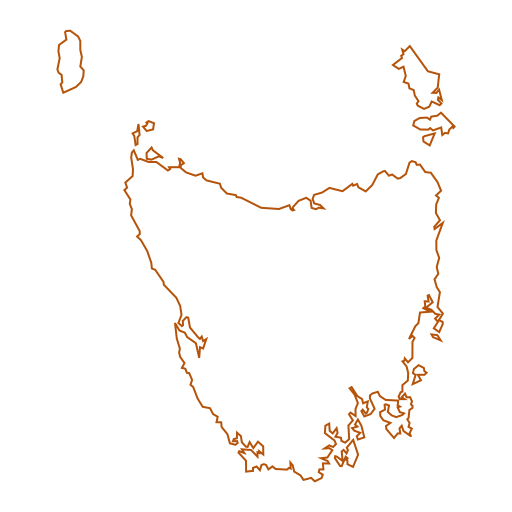 the border of Tasmania
{"feature_id": "AUS-2660", "entity_name": "Tasmania", "entity_type": "State", "adm_level": 1, "iso_a3": "AUS", "parent_name": "Australia", "parent_adm1": "", "projection": "equal_earth", "projection_center": [146.795, -41.606], "detail": "fine", "context": "isolated", "style": "outline", "palette": "amber", "viewbox_px": 512, "rotation_deg": 0, "n_neighbors": 0, "source": "natural_earth", "source_scale": "10m", "svg_char_len": 6068}
<svg xmlns="http://www.w3.org/2000/svg" viewBox="0 0 512 512"><path d="M411.3,436.5L403.5,431.0L401.7,425.7L399.5,428.4L400.3,433.5L397.8,433.4L394.0,438.0L386.4,429.1L386.0,426.0L390.4,422.9L383.4,420.3L380.3,416.0L380.1,412.2L385.0,409.6L384.6,404.7L385.8,404.3L389.0,405.5L387.8,411.9L391.7,415.4L396.2,417.1L402.1,415.1L404.0,413.4L399.8,412.1L397.6,407.3L399.9,406.6L397.7,405.3L398.2,400.6L385.6,399.9L379.9,396.1L377.8,391.8L372.5,393.4L370.0,395.4L369.9,398.4L374.6,408.8L370.6,414.1L364.3,416.4L361.4,411.1L362.7,409.6L365.7,413.4L367.0,412.6L368.3,409.0L366.8,407.3L367.8,401.4L363.1,403.3L362.1,399.1L357.4,396.1L351.6,387.1L349.6,388.3L354.6,394.6L357.9,403.1L355.5,409.0L355.6,416.0L350.5,412.6L349.0,414.3L352.9,420.4L348.4,425.5L349.2,439.1L345.1,442.7L341.4,440.8L341.0,437.7L335.4,436.7L337.6,432.9L336.6,428.2L332.7,433.4L329.7,430.9L329.2,423.6L325.4,425.7L324.9,433.1L334.5,440.5L336.0,444.0L333.1,447.0L329.3,445.4L324.5,448.5L329.4,448.2L332.3,450.2L327.4,457.5L321.1,458.2L327.7,461.1L329.1,463.5L322.9,463.4L323.4,469.4L319.4,469.4L318.8,472.2L322.8,474.7L321.5,478.1L314.8,481.3L311.2,477.9L303.5,479.9L300.5,475.4L294.2,471.6L292.7,465.3L290.4,462.6L290.7,468.6L289.0,467.9L287.0,469.6L275.6,469.0L272.4,466.4L268.4,469.4L266.1,465.0L263.9,464.2L261.5,465.0L259.9,470.2L256.6,466.5L253.0,467.9L253.0,470.9L246.1,471.6L246.0,460.7L238.5,452.6L239.2,451.2L244.3,453.0L241.9,449.3L251.1,450.0L257.5,456.7L257.5,452.2L259.3,453.0L259.1,451.2L263.3,454.5L263.2,446.3L258.0,441.7L253.3,448.0L249.6,442.1L247.6,446.9L246.1,446.8L241.9,442.4L240.9,436.1L237.0,432.7L236.9,438.3L233.8,439.1L233.0,441.2L237.1,441.1L237.7,442.9L235.4,444.8L229.9,443.3L227.4,434.1L221.6,427.0L221.2,422.3L216.5,422.2L217.7,416.8L213.1,414.1L210.0,408.2L202.7,406.8L197.6,398.5L193.2,387.0L190.5,384.8L192.1,380.0L189.2,373.1L186.9,372.8L185.3,368.7L181.9,367.9L184.5,363.0L180.2,357.0L179.1,352.6L179.9,348.7L176.8,338.6L175.0,323.0L179.5,330.6L184.8,332.6L187.1,337.0L195.9,343.2L199.2,357.9L200.0,347.2L203.1,348.5L206.3,339.1L203.1,341.1L201.7,336.6L199.9,338.9L198.3,337.5L190.0,327.6L188.2,317.6L186.4,317.2L182.8,320.9L183.0,325.2L181.9,326.1L178.4,323.0L181.5,315.0L180.2,306.0L176.3,297.7L163.9,284.8L163.5,281.9L155.2,269.8L151.9,268.5L151.3,262.8L147.2,251.0L140.9,240.1L137.1,236.5L139.8,234.0L139.7,231.1L131.1,215.3L131.9,209.2L129.8,203.9L130.4,199.5L124.4,190.1L127.1,187.6L125.3,182.6L132.6,176.1L133.0,169.3L131.2,157.5L131.9,152.5L133.8,150.3L137.8,159.9L140.1,158.8L148.7,162.0L156.4,162.0L167.9,170.5L170.2,169.0L169.1,167.2L179.0,167.2L180.2,162.9L179.0,158.8L180.6,159.2L183.9,163.1L180.7,165.3L180.7,167.9L186.1,172.4L195.5,175.7L202.4,173.3L203.2,177.6L206.5,180.4L219.9,183.7L221.1,187.7L226.8,193.5L235.8,195.1L236.6,197.0L241.1,197.7L261.2,207.8L279.0,209.0L289.4,205.2L290.8,209.2L292.7,210.5L294.0,210.0L292.5,208.4L293.2,206.8L298.6,200.8L306.2,197.8L310.6,200.7L311.6,207.9L316.0,209.2L318.7,207.7L323.6,208.4L320.1,205.0L314.2,203.4L312.6,198.9L314.1,194.9L322.2,192.5L329.4,187.9L342.5,191.2L352.3,183.9L353.1,185.7L357.1,184.0L358.4,187.3L365.7,191.4L372.2,185.1L377.8,174.4L383.3,171.3L384.9,171.0L389.0,175.7L392.1,174.5L397.7,178.6L400.2,178.1L405.9,174.0L409.5,162.7L411.8,161.1L415.6,162.2L416.7,164.8L420.0,164.6L425.3,172.1L430.8,172.7L437.4,181.9L441.1,190.7L436.0,195.5L438.9,197.8L436.2,204.4L435.9,213.0L440.0,220.3L434.3,226.7L434.6,229.0L442.8,222.9L436.3,240.5L436.4,250.1L439.2,257.9L436.7,267.0L438.3,273.8L434.5,279.3L436.8,287.3L439.9,292.1L437.5,307.0L442.9,313.6L438.8,320.2L442.6,321.8L442.8,323.9L439.2,332.1L433.8,328.3L438.0,321.9L435.1,318.6L439.2,314.6L435.4,313.9L431.3,309.7L425.9,307.9L432.7,302.2L428.9,295.0L427.6,295.6L428.6,301.5L424.7,301.3L425.3,306.4L423.3,308.2L430.5,311.7L420.0,312.5L418.4,323.2L415.4,326.1L409.0,338.9L412.5,335.9L414.6,338.0L412.5,341.8L412.4,358.0L408.0,362.3L404.8,358.4L404.4,360.6L402.5,361.4L406.6,366.5L408.2,373.1L407.8,380.6L402.4,385.1L402.4,391.6L400.6,392.3L398.6,396.7L399.8,399.1L404.5,399.1L401.7,397.3L405.0,393.6L406.6,397.3L410.1,397.2L412.0,401.4L410.9,404.3L412.6,405.9L412.4,408.0L409.4,410.0L408.6,417.9L407.3,419.3L409.6,423.0L408.5,426.8L411.8,428.6L409.5,433.5L411.3,436.5ZM414.8,95.5L413.7,90.1L409.4,88.3L408.5,83.6L403.7,82.0L405.8,75.9L403.5,66.7L398.8,68.9L392.9,65.0L402.0,58.0L401.2,55.8L403.5,54.2L402.2,49.6L404.7,51.2L409.8,46.1L427.9,71.3L439.2,74.3L437.7,87.7L432.6,92.8L436.4,92.9L439.1,89.7L441.8,100.1L438.4,97.4L437.9,99.9L441.4,103.5L439.7,105.2L431.7,101.5L429.3,106.7L424.0,108.9L417.7,105.6L416.8,103.6L418.5,101.2L414.8,95.5ZM80.3,66.5L83.7,70.3L83.3,76.5L81.1,82.0L75.9,87.0L63.3,92.7L60.6,84.3L62.3,82.5L61.6,74.9L58.7,72.8L57.4,69.4L59.7,58.2L58.4,51.2L59.1,44.9L66.4,39.6L65.1,32.2L66.0,31.1L70.2,30.7L78.1,36.5L80.3,40.9L80.3,50.0L81.9,56.9L80.3,66.5ZM441.0,112.7L454.6,126.6L453.3,128.0L452.3,126.6L449.3,129.6L448.1,133.4L444.9,132.9L442.3,135.0L441.2,127.5L433.0,130.4L430.1,128.1L428.3,129.6L420.3,129.5L413.2,125.4L414.4,121.0L419.7,118.0L427.0,117.6L429.9,119.6L431.3,116.6L437.3,115.7L441.0,112.7ZM353.2,439.9L358.1,454.7L353.0,466.9L347.5,464.2L347.4,460.5L345.8,459.7L347.5,458.2L345.7,456.7L341.7,466.1L340.1,466.0L334.9,458.2L335.2,456.2L336.8,456.6L342.6,460.9L341.7,451.5L343.6,449.9L346.5,453.4L347.9,450.2L346.8,447.6L353.2,439.9ZM423.8,367.9L424.4,371.1L426.6,372.8L424.4,374.8L417.9,374.8L421.0,380.3L412.7,384.1L415.6,375.0L412.9,373.1L413.9,369.0L418.6,365.2L423.8,367.9ZM361.4,425.7L364.3,437.4L357.9,439.5L356.8,436.2L360.2,432.8L354.3,430.7L352.1,428.1L357.4,426.6L355.0,424.5L357.9,419.5L361.4,425.7ZM152.9,150.3L163.2,158.0L159.0,156.3L151.5,159.6L146.8,158.8L146.5,153.1L151.6,147.5L152.9,150.3ZM423.0,137.3L424.4,136.2L434.7,133.4L429.7,145.4L423.5,141.5L423.0,137.3ZM153.1,129.4L146.7,131.0L143.0,126.6L146.0,125.8L147.5,123.2L146.5,122.5L148.5,121.1L154.0,123.2L153.1,129.4ZM138.5,124.0L139.6,134.9L137.5,137.4L137.5,144.1L135.6,145.0L134.3,136.1L132.6,133.4L137.2,131.2L138.5,124.0ZM437.3,335.1L440.7,340.4L433.0,337.1L431.5,334.4L437.3,335.1Z" fill="none" stroke="#b45309" stroke-width="2"/></svg>